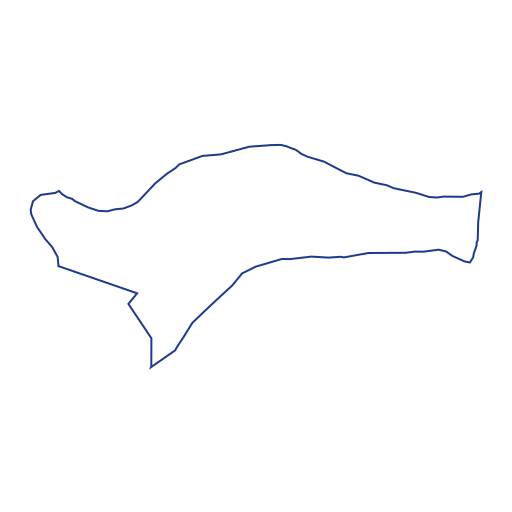 Concepción Huista, Huehuetenango, Guatemala
{"feature_id": "79465075B71807144537859", "entity_name": "Concepción Huista", "entity_type": "district", "adm_level": 2, "iso_a3": "GTM", "parent_name": "Guatemala", "parent_adm1": "Huehuetenango", "projection": "albers", "projection_center": [-91.641, 15.642], "detail": "fine", "context": "isolated", "style": "outline", "palette": "blue", "viewbox_px": 512, "rotation_deg": 0, "n_neighbors": 0, "source": "geoboundaries", "source_scale": "gbopen_adm2", "svg_char_len": 1152}
<svg xmlns="http://www.w3.org/2000/svg" viewBox="0 0 512 512"><path d="M481.3,192.0L479.0,193.7L471.3,194.4L463.0,196.8L443.6,196.6L437.1,197.5L429.2,197.0L415.9,192.8L393.7,188.2L386.7,185.2L374.5,182.7L358.4,175.7L346.2,173.2L323.9,161.6L308.0,156.9L301.5,154.0L296.1,150.0L286.1,146.2L280.9,144.9L271.2,145.1L249.3,146.7L220.8,154.4L202.5,155.9L179.2,164.4L175.7,167.9L167.1,173.6L155.3,183.3L137.7,202.0L131.5,205.5L123.4,208.5L115.1,209.3L107.3,211.3L98.3,210.8L88.1,207.4L74.9,201.1L72.2,198.9L66.6,197.1L61.9,194.0L59.0,190.9L55.3,192.9L40.7,194.9L33.0,201.2L30.7,209.6L31.2,214.1L34.3,221.0L37.2,227.2L45.6,239.5L52.2,247.1L57.6,256.9L58.5,265.8L58.4,266.1L137.1,293.3L128.4,303.9L151.4,338.3L151.3,366.6L151.1,367.1L175.1,350.4L177.3,346.5L183.1,337.8L192.4,322.8L202.2,313.4L214.7,301.6L232.2,285.5L242.1,273.4L255.8,266.6L281.8,259.0L290.1,259.1L311.4,256.6L328.6,257.6L340.6,256.8L343.9,257.4L368.4,253.0L405.5,252.8L414.8,251.6L423.4,251.7L438.6,249.7L446.0,251.4L452.5,256.0L464.5,261.4L469.9,262.5L473.2,257.3L473.8,253.4L476.5,245.9L476.7,242.0L477.7,240.5L478.2,222.2L481.3,192.0Z" fill="none" stroke="#1e3a8a" stroke-width="2"/></svg>